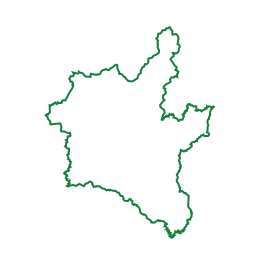 Mueang Phetchabun, Phetchabun, Thailand, rotated 96°
{"feature_id": "78962969B97134381081584", "entity_name": "Mueang Phetchabun", "entity_type": "district", "adm_level": 2, "iso_a3": "THA", "parent_name": "Thailand", "parent_adm1": "Phetchabun", "projection": "albers", "projection_center": [101.207, 16.368], "detail": "fine", "context": "isolated", "style": "outline", "palette": "green", "viewbox_px": 256, "rotation_deg": 96, "n_neighbors": 0, "source": "geoboundaries", "source_scale": "gbopen_adm2", "svg_char_len": 5735}
<svg xmlns="http://www.w3.org/2000/svg" viewBox="0 0 256 256"><g transform="rotate(96 128 128)"><path d="M78.5,188.5L80.0,187.4L81.7,187.7L82.3,188.2L82.4,190.2L85.2,191.6L86.7,190.3L88.0,190.1L87.9,188.5L89.0,187.4L90.8,188.0L91.0,187.1L91.9,186.9L94.6,187.7L99.7,190.3L107.1,193.1L107.0,194.9L107.9,196.4L109.8,196.5L110.6,199.6L109.8,200.6L111.6,201.3L111.0,202.8L110.4,203.0L111.6,204.7L112.3,204.7L112.2,205.5L113.2,206.2L113.5,207.6L113.9,207.7L113.7,208.3L120.9,207.3L121.5,208.2L123.0,209.0L122.6,209.8L123.9,211.2L125.6,209.1L127.5,208.3L129.4,206.1L132.5,205.5L130.5,195.9L134.0,194.3L137.4,194.5L138.5,193.9L138.0,190.8L138.8,189.4L139.3,186.1L138.9,185.2L139.4,184.8L140.2,185.0L141.6,184.4L142.2,184.7L142.6,187.0L146.2,187.3L146.5,188.4L148.3,186.8L149.7,188.1L151.9,187.8L152.8,188.7L154.6,186.3L154.8,184.4L157.2,184.2L158.3,184.7L160.2,184.1L161.0,185.6L164.3,184.0L165.1,184.3L165.9,182.6L167.2,182.4L167.5,181.4L169.9,181.4L171.1,182.3L172.8,181.0L173.5,181.9L173.3,182.6L175.0,183.3L176.4,182.2L177.0,182.8L176.7,183.1L177.3,184.6L178.4,185.0L178.7,186.3L179.6,186.8L180.3,186.3L181.0,184.0L181.9,183.4L182.3,184.2L184.3,184.6L185.1,183.8L185.0,183.2L186.2,183.5L186.8,181.6L186.2,180.8L187.7,180.6L188.6,181.0L189.0,180.5L189.6,181.3L189.8,180.9L190.9,180.9L191.5,182.0L191.8,181.5L192.3,182.1L192.5,181.5L191.1,179.3L190.4,176.4L191.1,174.0L188.7,170.3L190.6,165.9L188.0,164.6L187.0,162.3L185.2,160.4L186.2,157.8L187.5,157.9L189.1,156.3L190.1,156.0L189.6,155.4L189.9,154.3L189.0,152.8L189.3,152.1L188.9,150.2L190.6,147.8L191.0,145.0L192.3,142.8L191.4,141.3L192.0,139.9L191.4,139.4L192.1,135.3L191.7,134.1L193.1,132.0L193.3,130.3L196.3,128.3L196.2,126.5L198.0,125.2L199.7,125.0L200.8,123.4L200.6,120.3L198.5,119.0L198.5,117.8L199.8,117.3L200.2,116.0L203.1,115.7L203.9,114.5L203.0,113.4L203.6,112.9L203.7,111.2L204.7,111.1L205.1,109.6L207.1,108.0L210.9,106.8L212.6,103.8L212.2,103.3L212.8,101.4L214.3,100.2L215.5,100.0L217.7,95.7L219.3,95.1L219.7,94.1L219.1,93.7L219.3,91.6L216.7,88.9L216.5,88.1L217.4,87.4L216.8,85.8L217.2,82.5L218.7,81.2L218.9,79.6L219.7,79.3L220.5,81.1L221.4,80.7L221.2,80.1L222.1,81.0L222.1,79.9L223.7,78.7L224.1,79.0L223.9,78.4L225.2,78.6L225.5,77.5L225.2,77.0L225.8,76.4L226.1,76.9L227.0,76.7L227.2,77.3L227.8,76.5L228.4,76.6L228.2,75.6L227.5,76.1L227.9,74.6L228.8,75.4L229.3,74.8L229.7,75.5L231.3,75.5L231.2,74.5L232.3,73.9L232.5,73.3L231.8,73.0L231.9,72.5L231.2,72.7L231.2,71.6L230.5,71.8L229.9,70.5L229.3,71.7L226.9,69.8L226.0,70.0L226.7,68.6L225.9,68.2L226.5,68.0L226.8,66.8L225.9,67.5L225.2,67.0L226.1,66.7L226.8,64.6L225.9,64.6L225.7,64.0L225.2,64.4L225.0,62.3L224.4,62.6L224.1,62.1L223.5,62.8L222.5,61.1L221.3,61.4L219.5,59.8L218.3,59.9L217.0,58.3L216.5,58.7L215.9,58.2L214.6,59.4L213.2,59.4L212.6,58.6L212.9,57.4L212.4,56.5L211.2,56.5L209.2,55.5L208.1,55.8L206.1,55.4L205.9,56.3L205.1,56.1L204.6,56.7L204.2,56.3L203.4,56.6L200.0,59.9L189.0,60.6L188.0,62.7L186.7,63.6L186.8,65.1L185.0,67.6L185.0,68.6L185.9,69.4L186.0,70.0L181.8,70.0L181.5,70.7L178.4,71.9L176.0,73.9L174.5,74.1L173.0,73.4L171.1,73.5L169.4,74.6L165.5,72.5L165.0,72.8L163.6,71.9L161.9,71.7L161.5,72.3L160.3,71.4L159.3,71.8L158.8,72.7L156.0,73.1L155.3,74.1L152.6,73.2L150.4,74.4L150.4,73.8L148.9,74.0L148.4,73.4L144.4,73.1L145.6,70.1L144.6,69.7L144.8,68.0L144.4,67.3L143.4,67.2L142.2,65.0L139.2,62.6L138.2,62.9L137.8,64.2L136.0,63.2L135.0,61.6L135.0,60.6L133.5,59.0L133.7,58.0L132.2,58.2L130.9,56.8L129.9,56.5L129.5,55.3L127.7,54.4L127.7,53.6L126.8,52.4L127.4,52.3L128.2,50.3L127.7,49.8L127.7,47.8L126.5,46.7L125.6,46.7L124.4,47.6L124.0,49.0L122.2,48.6L118.4,48.9L117.2,48.3L114.2,49.6L112.3,49.6L111.0,49.2L110.4,48.2L108.7,48.6L106.5,47.6L105.2,48.0L101.3,47.6L97.9,44.8L97.7,45.2L98.7,47.7L98.0,48.9L98.0,49.9L99.1,51.3L98.7,51.6L99.3,51.6L100.0,53.0L100.5,52.3L100.8,53.1L101.5,53.2L102.1,54.9L103.8,56.5L102.6,57.9L102.9,58.7L102.4,59.7L103.7,60.8L103.5,62.4L102.9,61.8L99.5,62.3L99.2,63.2L99.8,65.3L98.7,66.3L98.9,68.2L97.8,68.7L97.9,69.8L98.3,71.1L99.9,70.9L100.4,71.7L101.9,70.5L103.3,71.4L104.6,71.1L105.1,71.5L104.8,72.5L105.6,73.3L106.6,72.7L107.4,73.1L107.3,73.8L107.8,74.2L108.1,73.5L109.1,74.3L109.8,73.9L109.7,74.5L110.6,73.8L114.1,74.7L114.3,77.1L115.6,78.0L115.4,78.9L113.6,80.0L112.7,84.0L111.1,83.6L109.7,84.5L110.3,85.5L109.9,85.9L110.6,86.3L109.7,87.9L110.5,88.7L111.9,88.7L111.5,89.1L112.1,89.9L111.8,90.7L112.6,90.7L112.5,91.7L113.1,91.8L113.2,92.7L116.3,94.3L116.1,95.4L111.1,94.4L109.1,93.1L106.5,93.8L103.7,97.9L101.9,98.5L97.3,95.6L96.5,94.6L94.7,96.3L91.9,96.5L90.1,94.5L88.9,93.9L87.2,94.9L85.0,95.0L84.9,96.7L83.4,96.9L81.0,95.3L78.1,90.9L77.1,90.6L75.4,91.3L73.3,90.3L72.8,88.8L73.0,87.6L71.5,86.5L72.1,84.3L69.5,84.9L68.5,84.1L66.7,83.8L66.3,85.0L65.6,85.4L65.4,86.8L63.0,85.9L62.2,86.1L61.5,87.6L55.2,92.9L53.6,92.1L51.6,90.0L50.3,90.3L48.7,91.3L48.5,90.6L49.1,89.2L48.2,86.8L46.0,85.6L43.6,85.7L42.1,85.0L40.0,85.6L39.4,87.5L33.7,87.1L31.7,87.9L30.0,89.1L29.6,90.5L30.5,93.3L28.3,94.1L26.8,93.9L25.4,95.8L23.7,96.4L23.5,97.3L24.6,98.7L25.1,100.7L26.8,101.1L27.1,103.7L30.4,105.3L31.1,107.7L34.5,107.9L36.1,109.2L37.8,107.3L39.9,107.7L41.2,106.9L44.7,107.0L47.6,105.2L49.8,105.2L52.0,107.3L53.3,109.9L55.6,111.6L56.8,115.0L60.9,114.7L62.6,116.2L62.8,117.9L65.2,118.4L66.1,120.0L69.7,121.3L72.0,121.0L73.2,122.5L74.8,123.5L77.5,123.7L81.2,128.4L81.3,132.5L78.8,135.6L77.6,136.3L77.4,137.4L75.3,139.7L74.9,141.0L75.2,141.9L74.7,142.6L73.5,142.5L71.2,144.1L69.3,144.9L67.2,145.0L66.3,145.7L66.5,147.0L70.0,150.6L70.5,151.7L72.2,152.8L72.6,154.0L71.6,156.3L72.6,157.5L73.2,159.4L75.1,160.8L76.8,161.1L77.8,162.2L78.0,164.8L78.5,165.3L78.0,170.6L81.1,170.7L81.2,175.6L78.2,179.0L78.0,181.4L77.3,182.6L78.1,182.4L79.2,183.5L78.5,188.5Z" fill="none" stroke="#15803d" stroke-width="2"/></g></svg>